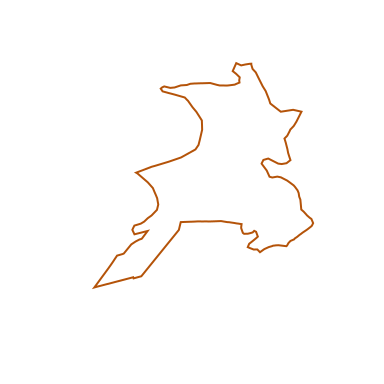 Kafr Al-Dawwar, Al Buhayrah, Egypt, rotated 232°
{"feature_id": "37247803B70717043240627", "entity_name": "Kafr Al-Dawwar", "entity_type": "district", "adm_level": 2, "iso_a3": "EGY", "parent_name": "Egypt", "parent_adm1": "Al Buhayrah", "projection": "natural_earth1", "projection_center": [30.128, 31.137], "detail": "fine", "context": "isolated", "style": "outline", "palette": "amber", "viewbox_px": 384, "rotation_deg": 232, "n_neighbors": 0, "source": "geoboundaries", "source_scale": "gbopen_adm2", "svg_char_len": 2984}
<svg xmlns="http://www.w3.org/2000/svg" viewBox="0 0 384 384"><g transform="rotate(232 192 192)"><path d="M186.4,88.9L186.3,88.7L184.6,83.4L183.1,78.3L176.9,56.3L176.0,58.5L161.0,93.2L159.9,92.8L156.8,100.2L170.2,158.3L174.5,163.7L175.2,164.6L173.2,167.4L170.6,171.0L168.1,174.4L165.1,178.7L163.0,181.3L161.6,183.1L160.4,184.7L159.7,185.6L158.7,186.7L156.7,189.4L151.2,197.0L149.9,198.2L149.1,198.9L149.0,199.0L148.9,199.1L146.5,201.3L145.4,202.6L143.9,204.0L141.6,206.2L139.8,207.8L138.2,209.4L137.3,210.2L136.2,211.3L134.0,209.1L133.2,208.5L128.5,206.9L127.0,207.3L124.7,210.4L123.8,212.4L122.8,214.9L123.1,217.1L121.2,218.0L116.3,216.4L116.2,215.3L116.1,213.5L116.0,208.9L116.0,205.2L114.9,203.2L114.2,202.0L112.2,203.1L108.7,205.2L106.5,208.1L102.7,208.5L102.5,213.6L102.3,214.6L101.3,218.7L100.0,221.9L99.8,222.8L98.8,224.4L98.3,225.3L96.8,227.4L95.2,229.0L93.5,230.7L91.2,233.0L91.3,234.0L92.4,236.6L92.8,239.5L91.8,243.4L92.1,244.3L91.9,247.4L92.0,250.3L91.9,252.1L91.9,254.1L91.8,255.4L91.6,258.1L91.5,260.0L91.5,261.7L91.5,264.2L91.6,265.6L92.1,266.7L92.9,268.3L96.5,269.3L97.3,269.5L99.2,268.9L102.9,268.2L103.8,268.2L107.8,267.9L110.9,267.3L114.9,269.9L119.3,272.7L122.3,273.6L125.5,275.4L128.4,276.2L129.2,276.2L132.6,276.3L134.6,276.2L139.4,274.9L142.5,274.0L146.8,272.0L148.8,271.1L151.6,268.7L154.0,264.2L156.3,262.5L159.6,263.3L162.9,264.1L171.5,264.3L171.7,264.6L171.8,264.8L173.3,268.0L171.8,271.8L171.4,272.7L161.3,277.4L158.8,279.9L156.5,284.2L156.5,289.2L160.4,290.6L163.6,291.8L167.1,293.6L171.7,295.6L172.8,296.1L177.2,297.8L177.7,301.7L179.8,306.3L180.7,308.0L180.8,308.9L181.4,312.9L183.2,317.7L183.8,319.0L187.9,327.7L194.5,322.3L200.6,311.4L212.6,308.4L213.6,308.2L217.3,309.6L219.3,310.2L226.2,312.2L231.8,312.8L240.8,314.6L247.0,315.9L251.7,315.5L255.8,317.1L256.6,317.7L257.5,316.4L259.1,313.5L259.6,312.6L261.5,308.7L266.3,306.2L262.2,298.5L258.1,299.5L253.0,300.2L252.2,299.4L251.0,298.0L249.0,296.8L250.0,293.2L250.3,291.8L252.0,288.9L253.2,286.9L254.4,285.0L256.8,282.1L258.9,279.4L261.1,277.6L265.8,274.1L266.7,273.4L270.5,268.2L272.0,266.2L272.9,265.0L275.2,261.8L275.9,260.9L278.3,257.3L279.5,253.8L282.9,248.8L285.1,242.6L286.2,240.9L287.4,239.0L292.3,235.1L292.8,232.9L292.7,231.0L289.4,230.8L287.9,231.9L285.9,233.4L284.4,234.5L282.6,235.9L279.3,238.4L270.9,244.5L268.7,244.7L267.6,244.8L266.5,245.0L258.4,244.6L252.5,244.8L248.2,244.4L242.3,243.8L238.3,240.9L234.8,238.3L230.9,233.5L228.0,229.9L226.0,227.3L225.1,226.2L223.8,222.2L223.4,220.9L225.8,205.6L226.0,204.5L230.2,192.3L235.4,178.9L236.7,175.8L241.6,159.9L240.0,160.5L226.9,163.1L219.2,163.6L215.2,162.5L211.7,161.6L208.5,160.7L206.5,159.6L202.9,157.7L199.5,153.4L198.9,149.2L198.4,145.7L198.6,141.0L198.1,136.1L198.6,132.1L201.0,125.9L199.9,123.6L198.9,121.7L194.1,120.6L191.2,127.1L190.0,129.9L188.6,133.0L186.3,124.5L186.1,123.5L186.9,121.4L187.7,117.1L188.1,111.9L186.8,106.1L185.5,100.4L185.8,99.2L188.0,93.8L186.4,88.9Z" fill="none" stroke="#b45309" stroke-width="2"/></g></svg>